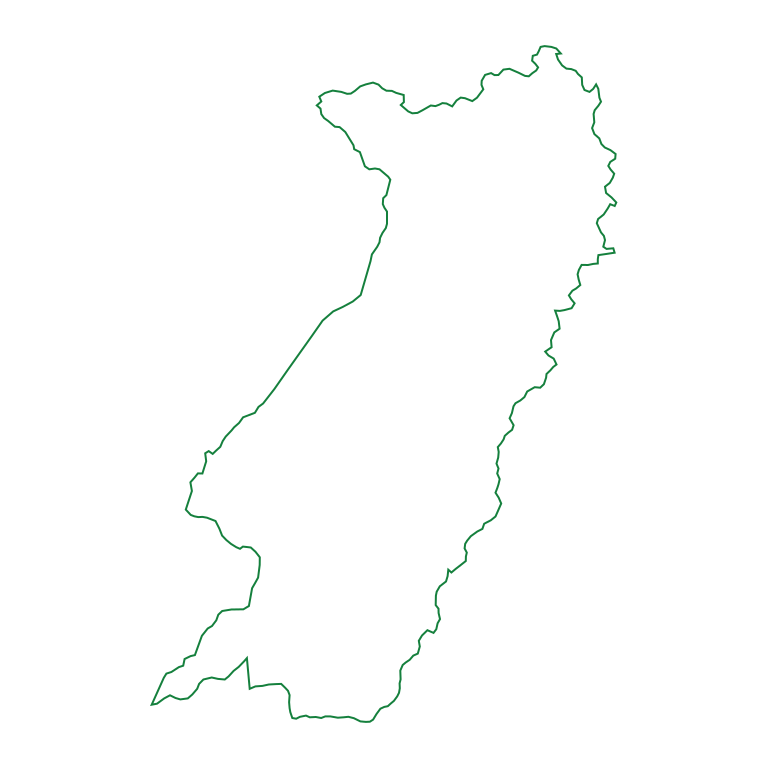 outline of Barro Alto, Goiás, Brazil
{"feature_id": "56859067B57270530570093", "entity_name": "Barro Alto", "entity_type": "district", "adm_level": 2, "iso_a3": "BRA", "parent_name": "Brazil", "parent_adm1": "Goiás", "projection": "orthographic", "projection_center": [-48.875, -14.903], "detail": "fine", "context": "isolated", "style": "outline", "palette": "green", "viewbox_px": 768, "rotation_deg": 0, "n_neighbors": 0, "source": "geoboundaries", "source_scale": "gbopen_adm2", "svg_char_len": 4508}
<svg xmlns="http://www.w3.org/2000/svg" viewBox="0 0 768 768"><path d="M559.6,328.7L558.7,321.2L557.1,316.3L555.1,310.6L559.9,310.9L564.4,310.1L571.6,308.2L574.6,303.3L571.2,299.2L568.9,295.4L572.4,290.7L576.1,288.5L580.3,285.0L578.7,279.6L577.6,274.3L578.9,269.9L581.6,264.9L588.0,265.0L593.3,263.9L597.8,263.5L597.8,259.2L598.4,255.1L606.1,254.0L614.6,252.7L613.3,248.3L606.5,248.9L603.3,246.7L605.0,240.1L603.9,235.9L601.0,232.4L596.8,223.2L598.1,219.0L603.7,214.5L607.6,208.7L610.2,204.2L614.7,206.0L616.3,202.5L611.5,197.4L606.1,193.0L605.0,186.7L609.8,182.9L612.8,177.7L614.2,173.7L610.6,169.5L608.3,165.9L610.3,161.9L615.2,158.7L615.6,154.0L610.4,150.1L604.8,147.5L601.4,144.0L599.3,138.4L594.4,134.1L592.1,128.1L594.3,122.3L593.6,114.0L594.7,110.2L598.4,105.7L601.0,101.7L599.4,97.7L598.3,88.8L596.1,84.4L593.2,88.9L589.5,91.9L584.5,90.0L582.2,84.9L581.8,77.4L578.0,74.0L575.7,70.8L571.3,69.1L566.4,68.6L562.1,65.4L558.0,59.5L556.2,54.0L560.8,53.5L556.3,48.5L551.3,46.9L544.6,46.1L540.6,46.9L538.7,51.3L537.0,54.6L532.8,55.8L532.1,60.7L535.4,63.9L538.1,67.4L536.2,70.5L532.3,73.2L528.8,76.3L525.0,75.9L518.5,72.7L509.5,68.8L503.4,69.6L498.4,75.0L494.5,75.1L491.1,73.1L485.1,74.9L481.7,80.8L481.5,84.9L483.3,89.3L477.0,97.7L472.3,101.1L465.0,98.2L460.7,97.6L456.5,100.5L452.2,106.4L446.5,103.5L442.4,103.1L439.2,104.7L435.5,106.1L430.8,105.5L422.4,110.3L417.5,112.9L412.3,113.3L408.2,111.4L400.8,105.0L403.9,102.1L403.7,95.0L396.2,92.9L391.9,90.9L386.4,90.7L382.2,88.3L378.5,84.6L373.0,82.6L365.8,84.4L360.2,86.4L354.9,90.9L350.8,93.6L347.1,93.8L341.3,91.9L332.7,90.6L324.9,93.0L319.3,96.7L321.3,101.5L316.8,105.4L320.5,108.6L321.3,114.1L324.1,118.1L328.2,121.0L334.9,126.7L339.6,127.1L345.3,132.0L353.5,145.3L354.2,149.2L359.9,152.1L364.9,166.3L369.3,169.3L375.0,168.5L379.5,169.3L388.2,176.7L390.3,179.7L386.4,195.1L383.2,198.2L382.8,204.1L384.4,207.7L387.0,211.6L387.0,223.8L385.8,228.1L382.5,232.9L380.1,237.8L379.5,242.3L377.2,246.8L371.9,254.4L370.5,261.2L360.7,295.0L352.8,301.5L342.6,307.0L333.2,311.4L322.6,320.6L312.4,335.2L287.4,370.4L274.4,389.0L263.1,403.5L258.5,406.9L254.9,412.8L243.1,417.3L239.0,423.0L234.1,427.3L231.5,430.5L225.7,436.6L222.7,441.1L220.3,446.8L216.2,450.5L212.7,453.9L208.7,451.1L205.2,453.3L206.2,461.3L202.4,473.5L197.9,473.4L194.3,477.9L190.4,482.3L191.9,491.0L187.0,505.9L185.8,509.6L190.7,514.9L194.3,516.3L198.3,517.1L202.5,516.9L207.0,517.7L215.5,521.0L219.4,528.7L222.1,535.6L226.3,540.0L231.0,543.9L236.3,547.2L240.0,548.8L242.9,546.6L246.7,547.0L250.8,547.5L255.5,551.8L259.8,557.3L259.7,565.0L258.6,573.6L258.1,577.6L255.0,583.2L252.1,588.2L248.9,606.0L243.4,609.3L231.4,609.5L222.2,611.0L218.3,614.7L216.3,620.3L212.0,626.0L207.7,628.5L201.9,635.8L194.9,655.1L190.6,656.1L184.6,659.0L183.2,665.7L178.9,667.1L171.4,672.0L166.4,673.6L163.8,677.8L151.7,704.7L157.0,703.7L164.2,698.4L170.0,695.3L175.5,698.0L180.3,699.4L187.8,698.4L192.3,694.5L197.2,688.8L199.1,683.9L203.4,679.5L211.7,677.5L218.0,678.9L224.8,679.5L228.6,676.4L233.6,670.9L238.7,666.9L244.2,661.2L246.9,658.1L249.7,688.8L255.4,686.4L262.4,685.9L268.8,684.5L275.8,684.1L281.2,683.9L285.1,687.7L288.0,690.8L289.6,695.1L289.1,702.2L289.6,708.1L290.3,712.1L292.3,718.0L296.2,718.7L300.0,716.8L306.0,715.6L309.8,717.3L315.8,717.0L321.2,718.0L325.3,716.4L330.3,716.4L337.8,717.7L343.5,717.3L348.4,716.8L353.9,718.2L360.4,721.4L365.9,721.9L369.9,721.7L373.1,719.6L376.5,714.0L380.4,708.7L384.3,706.9L387.8,706.2L390.9,703.4L393.9,700.9L397.2,696.4L399.0,692.8L399.8,688.3L399.6,683.3L400.6,679.4L400.3,670.6L402.7,665.0L405.7,662.5L409.7,659.8L413.3,655.6L417.8,653.6L419.8,646.5L418.8,640.8L422.0,635.5L427.4,630.2L433.5,632.9L436.3,629.2L437.6,623.3L440.0,619.1L438.6,613.0L438.5,608.7L435.7,605.1L435.9,595.7L436.7,591.7L439.8,586.3L446.0,581.5L447.6,576.2L448.3,569.7L451.4,572.5L455.7,568.9L461.0,564.8L465.8,561.0L465.9,556.5L466.8,552.6L464.6,548.4L465.2,543.8L467.2,540.6L470.8,536.2L477.3,531.5L482.4,528.9L484.2,523.7L490.8,520.3L495.5,516.5L497.8,511.3L501.2,503.5L498.7,497.7L495.5,492.7L497.3,488.0L498.5,484.3L499.7,479.1L497.2,473.5L498.5,468.5L496.5,463.6L498.2,457.6L498.7,451.9L497.8,447.1L500.9,443.5L503.6,439.4L504.8,435.8L508.5,432.5L512.1,429.8L513.6,425.2L509.6,418.3L511.9,413.1L513.5,406.3L515.5,403.2L520.3,400.5L524.4,397.1L527.2,391.5L534.7,387.2L540.2,387.7L543.9,384.2L546.1,377.7L546.5,374.0L550.4,370.3L553.3,366.9L556.5,364.5L553.7,358.6L548.5,355.5L545.2,351.6L551.6,347.2L551.0,340.1L554.3,332.4L559.6,328.7Z" fill="none" stroke="#15803d" stroke-width="2"/></svg>